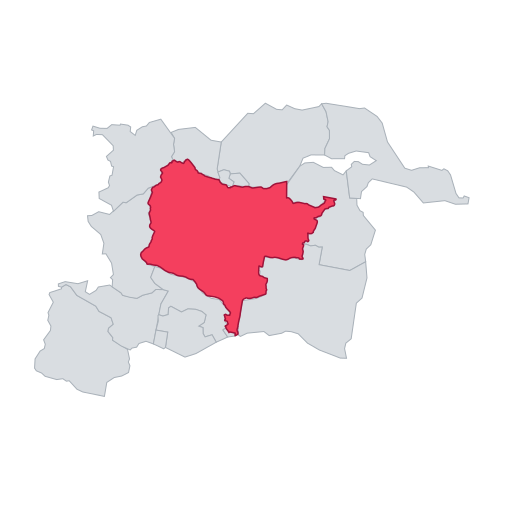 Democratic Republic of the Congo and the surrounding countries, rotated 280°
{"feature_id": "COD", "entity_name": "Democratic Republic of the Congo", "entity_type": "country or territory", "adm_level": 0, "iso_a3": "COD", "parent_name": "Africa", "parent_adm1": "", "projection": "robinson", "projection_center": [23.721, -4.071], "detail": "fine", "context": "with_neighbors", "style": "filled", "palette": "rose", "viewbox_px": 512, "rotation_deg": 280, "n_neighbors": 14, "source": "natural_earth", "source_scale": "50m", "svg_char_len": 12739}
<svg xmlns="http://www.w3.org/2000/svg" viewBox="0 0 512 512"><g transform="rotate(280 256 256)"><path d="M362.2,202.0L395.1,223.1L395.7,228.8L408.1,238.7L404.0,250.8L404.5,256.4L410.0,260.0L407.8,268.5L407.7,276.1L414.1,292.0L417.3,294.2L410.3,299.9L400.8,303.7L395.6,303.5L392.5,306.5L384.2,308.0L373.9,305.2L367.4,306.0L365.1,292.6L360.5,285.3L352.0,283.5L334.6,274.7L329.9,262.3L324.9,256.8L323.2,251.1L324.1,246.0L322.6,236.9L326.1,236.5L334.8,225.7L332.4,216.4L334.9,215.2L335.4,209.4L332.0,203.8L335.0,202.6L362.2,202.0Z" fill="#d9dde1" stroke="#a8b0b8" stroke-width="1"/><path d="M91.4,131.1L92.0,109.0L93.7,102.8L100.7,93.7L99.8,91.0L101.6,87.1L99.7,81.2L100.9,69.2L103.5,65.2L104.8,59.6L107.1,57.4L116.3,56.3L124.9,59.9L128.1,63.6L132.5,63.8L136.6,61.4L147.0,66.5L151.4,66.2L156.5,62.1L161.6,62.3L164.1,61.0L175.3,64.4L182.1,58.9L184.2,59.3L189.9,70.1L191.5,69.9L194.9,73.8L193.4,78.8L186.1,86.4L178.8,106.9L174.2,111.0L170.0,124.0L164.0,127.3L159.2,123.3L155.9,123.4L150.7,129.2L148.2,129.3L141.7,145.7L132.7,149.3L129.4,148.7L126.0,150.9L119.1,150.7L114.5,144.6L111.7,137.5L105.6,131.0L91.4,131.1Z" fill="#d9dde1" stroke="#a8b0b8" stroke-width="1"/><path d="M194.2,66.2L197.6,72.5L197.8,85.5L202.4,94.5L191.2,94.1L189.3,98.7L194.4,104.5L198.1,106.1L202.0,117.0L196.2,129.6L194.1,131.4L193.6,146.1L197.7,151.2L201.6,159.9L205.6,163.0L206.8,170.4L206.2,175.7L192.3,170.7L151.6,170.2L152.9,162.4L149.5,155.9L145.5,154.3L143.8,149.9L141.6,148.4L144.0,138.8L148.2,129.3L150.7,129.2L155.9,123.4L159.2,123.3L164.0,127.3L170.0,124.0L174.2,111.0L178.8,106.9L186.1,86.4L193.4,78.8L194.9,73.8L191.5,69.9L191.8,66.7L194.2,66.2Z" fill="#d9dde1" stroke="#a8b0b8" stroke-width="1"/><path d="M305.5,141.2L302.6,142.2L290.5,141.0L283.2,144.5L279.8,142.4L270.1,147.3L266.2,146.3L262.4,153.0L249.5,150.1L236.9,143.2L232.2,146.3L228.8,151.3L228.1,158.2L216.6,156.0L211.4,161.2L206.8,170.4L205.6,163.0L201.6,159.9L197.7,151.2L193.6,146.1L193.4,139.0L194.1,131.4L196.2,129.6L200.6,119.7L207.8,118.9L209.4,116.4L213.0,118.8L223.9,115.0L232.1,107.8L231.3,104.3L242.1,104.0L250.2,99.4L256.5,88.7L260.9,84.7L266.4,83.1L267.4,87.3L272.3,93.4L271.5,104.6L285.9,115.7L285.9,118.9L295.4,128.3L297.6,134.2L304.1,138.1L305.5,141.2Z" fill="#d9dde1" stroke="#a8b0b8" stroke-width="1"/><path d="M228.1,158.2L227.5,164.1L223.2,175.5L222.6,189.8L220.9,196.8L219.9,200.0L210.3,209.8L206.5,219.3L206.8,227.4L194.5,241.6L191.2,239.8L190.7,237.0L185.9,236.9L183.0,240.7L177.4,236.3L171.3,242.2L164.2,231.8L170.8,226.4L167.5,219.9L170.4,217.4L176.3,216.2L177.0,211.8L181.6,216.6L189.3,217.0L192.0,212.3L193.0,205.8L192.1,198.1L187.9,192.3L191.7,180.9L189.6,178.9L183.1,179.7L180.7,174.7L181.3,170.4L192.3,170.7L206.2,175.7L206.8,170.4L211.4,161.2L216.6,156.0L228.1,158.2Z" fill="#d9dde1" stroke="#a8b0b8" stroke-width="1"/><path d="M165.7,170.4L175.1,171.1L180.3,169.8L181.3,170.4L180.7,174.7L183.1,179.7L189.6,178.9L191.7,180.9L187.9,192.3L192.1,198.1L193.0,205.8L192.0,212.3L189.3,217.0L181.6,216.6L177.0,211.8L176.3,216.2L170.4,217.4L167.5,219.9L170.8,226.4L164.2,231.8L149.5,213.8L144.1,203.6L150.2,182.7L165.7,182.3L165.7,170.4Z" fill="#d9dde1" stroke="#a8b0b8" stroke-width="1"/><path d="M151.6,170.2L165.7,170.4L165.7,182.3L150.2,182.7L148.6,181.2L151.6,170.2Z" fill="#d9dde1" stroke="#a8b0b8" stroke-width="1"/><path d="M331.2,273.7L352.0,283.5L356.1,287.9L358.2,296.2L354.9,306.9L356.5,315.0L353.7,318.4L351.0,327.6L355.5,330.1L329.4,338.2L330.1,345.2L323.6,346.6L318.7,350.5L317.6,353.9L314.5,354.7L302.2,369.1L287.0,367.1L282.0,363.4L276.5,362.8L269.4,365.0L258.0,350.9L258.4,319.6L276.3,319.7L275.6,316.3L276.9,312.6L275.4,308.0L276.4,303.2L275.4,300.2L278.4,300.4L278.9,303.5L288.4,304.1L291.3,308.6L298.2,310.0L303.5,306.9L305.4,312.0L312.0,313.4L318.7,323.0L325.3,323.1L324.7,312.5L322.3,314.3L313.9,308.7L316.6,287.2L314.7,282.8L317.2,276.5L319.5,275.4L331.2,273.7Z" fill="#d9dde1" stroke="#a8b0b8" stroke-width="1"/><path d="M367.4,306.0L373.9,305.2L384.2,308.0L392.5,306.5L395.6,303.5L400.8,303.7L410.3,299.9L417.3,294.2L418.6,298.6L419.1,332.4L420.6,337.2L414.4,351.1L408.8,357.2L391.1,365.7L368.3,387.3L367.4,394.3L371.3,401.8L372.9,410.5L374.5,410.0L372.6,424.2L374.5,425.9L373.2,430.0L369.6,433.5L352.3,442.1L348.5,445.8L349.1,449.9L351.3,450.6L350.4,455.7L344.1,455.7L341.6,443.4L343.3,432.4L337.3,411.6L346.4,400.4L350.0,392.4L352.1,357.1L347.7,353.9L343.6,353.2L337.8,348.7L330.6,348.9L329.4,338.2L355.5,330.1L360.5,334.8L362.8,333.9L366.2,336.4L366.7,340.4L364.8,344.9L365.3,351.9L370.8,357.9L373.6,351.1L377.3,349.0L376.8,336.4L373.2,329.3L370.2,326.1L367.2,326.3L364.9,313.5L367.4,306.0Z" fill="#d9dde1" stroke="#a8b0b8" stroke-width="1"/><path d="M180.7,239.7L177.6,241.8L175.9,248.6L173.7,249.6L171.3,242.2L177.4,236.3L180.7,239.7ZM174.9,252.7L184.1,250.4L209.7,250.5L214.3,263.7L219.7,272.0L228.3,269.9L233.0,271.2L236.5,263.1L241.9,262.7L242.3,261.0L246.8,260.9L246.0,264.5L256.5,264.4L256.7,270.6L258.4,274.4L257.2,280.3L257.8,286.4L260.7,290.0L260.3,301.7L271.5,299.6L275.4,300.2L276.4,303.2L275.4,308.0L276.9,312.6L275.6,316.3L276.3,319.7L258.4,319.6L258.0,350.9L269.4,365.0L253.7,369.1L233.0,367.7L227.0,363.0L191.0,364.1L185.8,359.6L180.2,359.3L171.0,362.9L170.1,356.7L174.4,334.8L179.1,321.9L186.7,311.1L187.6,303.8L187.1,298.2L184.4,294.7L179.9,282.8L183.0,276.9L178.5,260.8L174.1,254.6L174.9,252.7Z" fill="#d9dde1" stroke="#a8b0b8" stroke-width="1"/><path d="M332.4,216.4L334.8,225.7L326.1,236.5L322.6,236.9L322.0,225.1L319.8,220.6L325.1,221.4L327.8,215.8L332.4,216.4Z" fill="#d9dde1" stroke="#a8b0b8" stroke-width="1"/><path d="M362.2,202.0L335.0,202.6L326.8,206.9L324.7,205.9L324.8,198.4L326.8,194.7L327.3,186.8L332.4,177.1L338.5,171.0L335.0,169.6L335.5,158.1L339.1,155.5L344.6,157.7L351.6,155.4L357.7,155.4L363.0,150.9L367.2,157.7L372.1,173.9L362.2,191.6L362.2,202.0Z" fill="#d9dde1" stroke="#a8b0b8" stroke-width="1"/><path d="M332.0,203.8L335.4,209.4L334.9,215.2L332.4,216.4L327.8,215.8L325.1,221.4L319.8,220.6L322.2,208.6L324.7,205.9L326.8,206.9L332.0,203.8Z" fill="#d9dde1" stroke="#a8b0b8" stroke-width="1"/><path d="M335.5,158.1L327.9,151.6L325.8,147.4L314.6,150.5L310.8,149.3L304.1,138.1L297.6,134.2L295.4,128.3L285.9,118.9L285.9,115.7L275.2,107.9L280.9,104.9L285.4,91.6L291.7,90.2L297.6,98.7L300.0,99.5L303.1,97.8L309.4,98.2L310.6,100.2L319.2,100.2L319.5,98.2L323.9,96.3L324.8,93.5L328.1,91.4L335.4,97.2L339.8,96.2L348.8,83.7L348.0,77.7L345.9,74.9L351.1,74.4L351.6,72.2L355.6,72.9L354.7,80.1L355.8,87.2L360.3,91.1L361.2,99.4L362.4,99.6L362.6,107.2L361.3,110.2L356.7,110.5L353.8,116.1L359.1,116.8L363.5,121.6L365.0,125.5L369.0,127.8L374.2,138.5L357.7,155.4L351.6,155.4L344.6,157.7L339.1,155.5L335.5,158.1Z" fill="#d9dde1" stroke="#a8b0b8" stroke-width="1"/><path d="M334.7,273.3L319.3,275.9L318.6,276.1L318.9,277.2L318.8,278.3L318.4,279.1L317.7,280.1L316.7,281.3L316.2,281.9L314.3,283.4L314.3,283.9L315.5,286.2L316.0,287.9L316.3,289.4L316.1,294.1L316.0,294.9L316.4,296.5L316.3,297.6L315.5,298.9L315.2,300.2L314.2,304.4L313.8,305.6L314.5,307.7L314.9,308.9L315.7,309.8L317.4,311.2L318.0,311.9L319.9,314.1L322.3,314.7L323.0,315.0L323.5,314.8L323.7,314.5L323.7,313.8L323.6,313.3L323.7,313.0L324.2,312.7L325.3,312.7L325.8,312.3L326.2,312.2L326.1,324.2L326.1,324.4L326.0,324.9L325.5,325.0L324.9,324.6L324.7,323.5L324.4,323.1L324.1,323.0L323.4,323.2L322.6,323.7L321.5,324.2L321.0,324.5L320.2,324.4L319.4,324.2L318.8,323.6L318.6,322.7L317.3,320.4L316.5,319.2L316.0,319.1L315.4,318.9L315.1,318.0L314.8,316.8L314.3,315.8L313.8,315.5L309.5,313.5L308.6,313.5L307.6,313.3L307.0,312.9L306.7,312.6L305.7,310.2L304.1,308.6L303.8,306.8L303.5,306.6L302.9,306.7L302.5,306.9L301.7,309.7L301.5,309.9L301.1,310.2L300.6,310.4L299.8,310.5L298.6,310.4L296.4,310.0L293.7,309.6L292.8,309.3L292.2,308.9L290.2,308.2L289.2,308.3L288.8,307.8L288.4,307.5L287.8,307.0L287.6,306.3L287.3,304.9L287.4,304.1L287.6,303.2L287.3,303.0L287.0,303.0L286.4,303.3L283.8,303.8L282.0,304.3L280.7,305.2L280.2,305.3L279.5,305.0L279.1,304.5L279.5,304.0L279.6,303.4L279.4,302.2L279.0,301.6L277.8,301.2L277.4,301.1L277.2,300.4L276.9,299.8L275.9,299.6L275.6,299.8L275.4,300.3L275.3,300.7L274.8,301.0L273.6,301.0L272.4,300.7L271.6,300.6L271.0,300.6L268.9,301.6L268.2,301.7L266.0,301.7L264.7,301.5L263.8,301.4L263.1,301.7L262.3,302.4L261.6,302.8L261.3,302.8L260.9,302.1L260.8,301.0L260.5,299.8L260.7,299.2L261.3,298.8L261.6,297.8L261.4,296.5L261.3,295.5L261.5,294.9L261.3,293.6L260.6,291.4L259.7,289.7L258.5,288.3L257.7,287.0L257.3,285.8L257.4,282.9L258.1,278.2L258.0,274.7L257.2,272.5L257.0,270.0L257.4,267.4L257.5,265.7L257.2,264.8L257.0,264.6L256.7,264.5L251.9,264.3L246.8,264.3L246.4,263.9L246.2,263.3L246.2,262.7L246.7,260.9L246.6,260.7L245.7,260.7L240.5,261.4L238.6,261.9L237.4,262.9L237.1,264.3L237.1,265.4L237.0,266.2L236.5,267.0L236.1,268.0L235.8,271.0L234.1,271.4L232.4,271.4L232.0,271.3L229.9,270.7L229.1,270.7L228.4,271.1L225.9,271.6L224.6,272.4L224.3,272.4L223.5,272.0L222.3,272.1L220.6,272.3L220.2,272.1L217.7,267.7L216.9,266.1L216.1,265.1L215.4,264.1L215.1,263.1L215.2,262.1L214.8,260.9L213.9,259.3L213.3,257.8L213.0,256.3L212.9,255.1L213.1,254.1L212.9,253.3L212.4,252.8L212.1,252.2L211.5,251.4L210.6,250.7L209.6,250.4L204.5,250.4L196.0,250.5L195.2,250.6L192.9,250.6L190.5,250.4L187.4,250.3L186.4,250.3L184.0,250.3L183.8,250.3L183.4,250.5L182.4,250.3L181.4,250.4L180.8,250.1L179.6,250.3L179.0,250.5L178.0,251.3L176.6,251.7L176.1,251.7L175.7,251.6L174.9,250.7L174.2,249.8L174.0,249.3L174.3,249.2L176.3,248.9L176.5,248.7L176.6,246.0L176.6,243.3L176.3,243.0L176.0,242.7L177.2,241.6L177.9,240.9L179.3,239.3L181.2,238.4L181.4,238.3L181.5,237.9L181.9,238.0L182.6,239.0L184.0,240.2L184.3,240.3L185.5,239.5L186.5,239.1L186.7,238.8L186.8,238.1L187.0,236.5L187.5,236.3L188.1,236.5L188.4,236.8L188.9,236.8L189.8,236.1L190.6,236.0L191.4,235.5L192.2,235.0L192.5,235.0L193.3,236.1L193.3,236.4L192.6,237.8L192.9,238.7L193.0,240.2L193.4,240.5L193.7,240.4L194.3,240.4L194.9,240.7L195.6,240.7L196.2,240.3L197.3,239.0L199.0,236.6L200.4,235.0L201.5,234.4L202.3,233.7L202.7,232.9L203.3,232.3L204.6,231.9L205.7,231.4L206.7,229.7L208.0,226.7L208.6,222.5L208.4,215.1L208.6,214.1L209.1,213.4L210.5,212.0L211.4,210.8L212.1,209.4L213.5,206.2L214.4,204.7L215.2,203.9L216.3,203.1L217.8,202.5L220.1,200.3L221.9,198.1L221.7,195.4L222.1,193.2L223.1,190.4L223.4,187.4L223.1,184.2L223.2,181.7L224.6,177.6L224.7,175.8L224.7,172.9L225.9,168.9L228.4,163.9L229.5,160.2L229.3,156.5L229.6,153.8L229.5,152.2L229.1,150.8L229.3,149.9L230.2,149.6L231.4,148.2L233.4,144.5L235.6,142.8L237.2,142.2L238.8,142.3L239.8,142.6L240.3,143.2L241.5,144.0L243.5,145.2L244.9,146.6L245.7,148.0L246.3,148.8L247.1,149.0L248.4,148.9L249.8,149.3L251.3,150.0L252.2,150.3L252.5,150.1L253.2,150.3L254.8,150.9L256.1,150.5L258.1,150.8L262.5,152.0L262.9,151.7L263.2,151.3L264.2,148.9L265.0,147.5L265.4,147.0L266.4,146.2L267.5,146.0L268.5,146.1L270.2,146.8L271.1,146.8L272.1,146.4L273.4,145.7L274.9,145.3L276.1,144.8L279.0,143.5L280.0,143.4L282.8,144.2L284.7,143.6L285.5,143.8L287.0,143.2L287.3,142.9L288.4,141.0L289.4,140.4L291.1,140.7L295.1,141.8L299.1,142.6L300.7,142.9L301.1,142.7L302.4,141.7L302.9,141.5L303.2,141.5L305.7,142.4L306.1,143.1L306.5,143.8L308.0,145.0L308.5,145.7L309.1,147.0L309.5,147.4L310.2,147.7L310.8,148.1L311.1,148.6L311.6,149.1L312.6,149.9L313.6,150.0L314.1,150.2L314.6,150.1L315.5,149.6L316.5,148.8L317.2,148.3L319.1,148.5L320.1,148.9L320.9,149.5L321.6,149.5L322.9,148.4L323.7,147.3L324.4,147.1L325.5,147.5L326.4,148.6L327.2,150.1L328.5,151.6L330.0,153.5L331.9,154.5L332.7,154.9L333.0,155.4L333.1,156.0L333.1,156.7L333.4,157.0L334.4,156.8L334.9,157.0L335.2,157.5L335.6,158.3L336.1,158.6L336.2,159.1L335.5,160.4L335.1,161.5L334.8,162.7L335.4,163.5L335.6,163.8L335.7,164.2L335.7,164.7L335.0,166.3L334.6,167.8L334.6,168.5L335.5,169.1L336.7,169.0L337.0,169.4L337.4,169.9L337.7,170.2L338.2,170.1L338.5,170.3L338.7,170.7L339.4,171.6L339.2,172.1L339.2,172.6L338.4,173.8L336.5,176.1L332.5,180.5L331.1,181.0L330.4,181.8L329.9,183.1L328.7,184.2L327.8,184.6L327.7,184.9L327.7,186.0L327.8,187.8L327.3,188.5L326.4,191.0L326.2,191.2L325.9,191.7L325.7,193.3L325.6,193.8L325.2,197.0L325.3,197.9L324.9,199.5L324.9,200.4L324.8,201.4L324.5,202.3L324.7,206.3L324.3,206.5L323.7,207.1L323.1,207.5L322.7,207.6L321.3,209.6L320.9,210.5L320.8,211.0L320.9,213.6L320.8,214.3L320.6,214.6L318.6,216.3L318.4,216.7L318.7,217.8L318.7,218.6L318.9,219.0L319.7,219.4L319.8,220.2L321.0,221.7L321.6,222.7L321.6,223.5L321.4,225.8L321.5,226.9L321.4,230.4L321.5,231.1L322.5,233.0L322.9,235.0L323.1,236.4L323.1,236.9L322.4,240.2L322.4,240.9L322.6,241.7L323.7,245.0L324.3,246.8L324.7,248.3L324.8,249.0L324.7,249.5L323.8,251.3L323.7,251.9L324.0,253.4L324.2,254.8L325.7,257.8L326.5,258.5L327.9,259.6L329.1,260.7L330.0,261.9L330.9,263.5L331.4,264.9L331.7,266.1L334.4,272.4L334.7,273.3Z" fill="#f43f5e" stroke="#9f1239" stroke-width="1.5"/></g></svg>